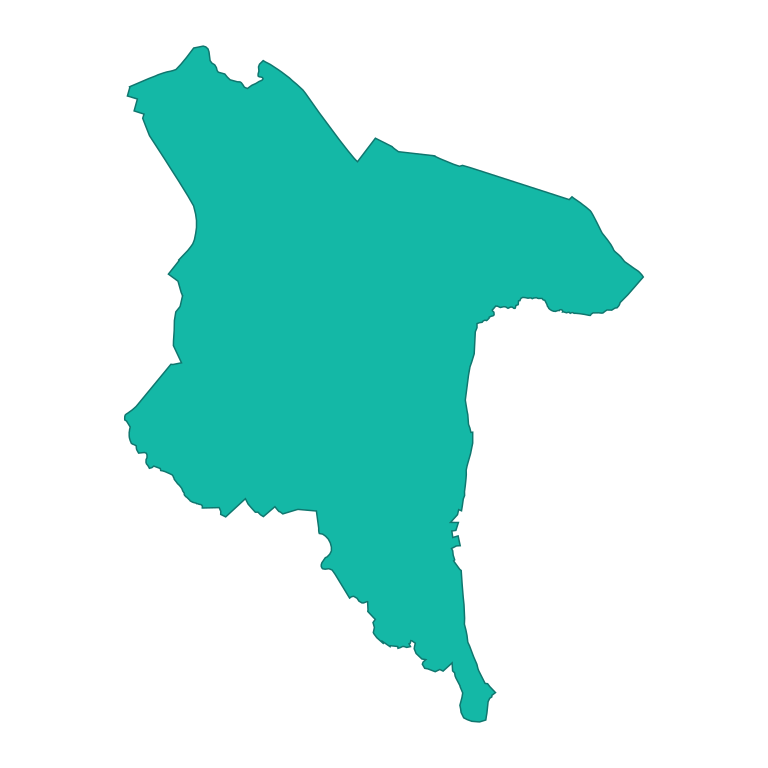 Santa Isabel Cholula, Puebla, Mexico
{"feature_id": "50627088B13237114427386", "entity_name": "Santa Isabel Cholula", "entity_type": "district", "adm_level": 2, "iso_a3": "MEX", "parent_name": "Mexico", "parent_adm1": "Puebla", "projection": "orthographic", "projection_center": [-98.379, 18.968], "detail": "fine", "context": "isolated", "style": "filled", "palette": "teal", "viewbox_px": 768, "rotation_deg": 0, "n_neighbors": 0, "source": "geoboundaries", "source_scale": "gbopen_adm2", "svg_char_len": 6061}
<svg xmlns="http://www.w3.org/2000/svg" viewBox="0 0 768 768"><path d="M462.5,165.4L459.5,166.3L453.6,164.3L440.0,158.7L434.9,156.3L434.0,156.0L434.2,155.8L398.4,151.7L397.9,151.3L394.2,148.6L392.5,147.1L392.2,146.7L375.4,138.2L357.5,161.7L355.5,159.8L353.8,157.9L348.1,151.0L339.5,140.0L319.1,112.6L305.7,93.6L302.9,90.0L296.6,84.2L292.4,80.7L289.4,77.9L281.6,72.0L278.3,69.7L270.4,64.5L268.1,63.3L265.5,62.0L263.2,60.6L259.5,64.2L258.5,66.9L258.9,71.1L258.1,74.0L258.1,76.0L259.2,76.8L260.8,77.0L262.4,77.5L263.1,78.8L261.9,80.3L259.2,81.4L255.8,83.5L251.8,85.3L247.4,88.5L244.4,87.2L242.9,84.8L241.3,82.7L240.0,81.9L237.4,81.8L230.1,79.8L227.3,77.1L224.8,74.0L218.3,72.2L217.1,70.5L216.4,67.6L214.7,64.8L211.9,63.1L210.1,60.6L209.0,51.9L208.0,48.9L205.8,46.9L203.2,46.1L197.3,47.3L193.7,48.0L186.5,57.5L180.9,64.3L176.0,69.5L173.2,70.5L170.6,71.2L167.0,71.9L163.6,72.9L158.0,74.8L155.4,76.0L148.9,78.5L129.5,86.8L129.8,87.5L127.4,96.0L137.4,99.0L134.1,110.9L144.0,114.1L142.7,118.3L145.5,125.6L149.5,135.7L164.7,159.1L170.9,168.9L178.9,181.4L188.1,196.3L193.6,205.9L195.6,214.0L196.5,220.4L196.5,227.5L195.7,233.3L194.4,239.7L192.8,243.8L190.7,246.8L187.7,250.6L178.7,260.0L179.1,260.4L179.0,260.7L168.4,274.1L178.0,281.2L181.3,292.9L181.8,293.7L182.2,295.2L182.6,295.5L180.1,306.5L175.8,311.9L174.4,320.5L174.2,330.3L173.5,340.9L173.4,345.6L181.5,362.8L173.0,364.5L170.9,364.3L136.1,406.5L132.1,410.0L128.1,412.9L126.1,414.2L125.2,415.1L124.8,416.5L124.7,418.7L124.8,420.0L126.5,421.0L130.2,427.0L129.5,430.1L129.5,431.1L129.2,432.1L129.2,433.4L129.2,435.9L129.4,437.8L130.2,440.6L131.4,443.4L133.0,444.3L134.0,444.6L135.1,445.2L136.2,445.8L136.4,448.4L136.7,449.7L138.6,453.1L144.4,452.5L146.3,453.2L147.0,454.8L147.0,457.7L146.1,459.5L146.0,462.4L146.5,463.9L147.7,465.3L148.7,466.9L149.4,468.3L151.9,467.6L153.8,466.1L160.3,468.5L160.7,470.5L162.8,470.9L165.0,471.6L169.6,473.6L172.2,474.9L172.6,475.4L173.2,476.4L173.5,477.3L174.0,478.1L174.2,479.2L175.0,480.3L176.2,481.8L177.5,483.6L179.3,485.3L180.4,486.6L181.8,488.5L182.8,491.1L184.2,493.1L184.3,494.8L185.7,496.6L186.8,497.3L187.9,498.4L188.2,498.6L188.8,499.3L189.7,500.1L190.1,500.8L191.1,501.4L192.4,502.1L193.2,502.4L194.2,502.7L195.8,503.0L196.7,503.7L197.6,503.7L198.4,504.0L199.1,504.3L199.9,504.4L200.8,504.6L201.6,505.0L202.1,505.6L202.3,506.1L202.3,508.0L219.2,507.6L220.8,511.4L220.7,514.4L225.7,516.9L245.4,498.7L248.1,504.1L251.5,508.0L255.3,512.2L258.0,512.2L260.5,514.8L263.4,516.6L274.9,506.7L278.0,510.5L279.1,511.6L280.2,511.9L282.8,513.9L293.7,510.6L297.0,509.6L298.1,509.4L316.4,511.0L318.7,528.1L318.7,530.3L318.9,532.1L319.3,533.5L322.6,534.1L325.6,536.2L328.3,539.1L330.3,542.9L331.4,547.1L331.4,550.9L329.8,554.1L327.1,556.9L325.3,557.7L321.9,562.7L321.3,564.5L321.2,566.2L321.8,567.8L322.7,568.8L325.2,569.2L328.9,568.7L332.1,570.0L335.1,574.3L349.6,598.1L351.5,596.7L353.7,596.3L357.1,598.3L358.9,601.1L361.9,602.9L363.7,602.9L367.0,601.6L367.6,601.7L368.0,609.7L367.8,611.5L373.7,617.8L375.3,619.3L373.0,622.5L374.4,627.5L373.3,632.6L374.1,634.1L376.8,637.7L383.8,643.9L381.3,640.6L390.1,646.7L390.4,645.7L397.7,646.5L398.0,648.3L400.3,647.6L402.5,646.5L404.0,646.5L406.7,647.4L410.5,646.6L409.0,643.8L410.3,643.1L410.8,640.6L411.9,640.8L415.3,643.2L414.5,646.6L414.2,648.8L416.1,653.5L421.9,659.0L425.8,659.6L423.1,662.1L422.3,664.2L424.7,668.3L427.9,668.9L435.2,671.7L439.8,669.5L443.1,671.1L452.1,662.9L452.6,670.9L454.6,672.8L455.1,676.0L455.9,678.0L460.0,685.8L460.1,686.7L462.7,692.9L462.0,697.3L459.9,705.3L460.6,708.8L461.1,712.5L463.7,717.8L467.2,719.6L471.8,721.3L477.6,721.8L479.7,721.9L485.8,720.0L486.3,716.6L486.9,713.1L488.1,701.7L489.7,698.3L491.8,696.9L491.9,695.3L495.5,692.6L489.8,686.6L487.6,683.7L485.1,683.4L478.7,670.7L477.9,668.5L476.9,664.3L473.6,656.7L469.5,645.8L467.8,642.2L467.0,635.5L465.9,630.0L464.4,624.2L464.6,618.2L464.0,604.8L463.2,597.1L462.1,583.8L461.2,570.5L459.8,569.4L453.6,560.9L454.7,559.9L453.2,555.2L452.7,550.7L451.5,548.5L456.5,545.9L460.2,545.7L458.1,535.9L452.8,537.5L451.8,531.0L455.9,530.4L458.4,522.5L450.5,522.4L457.5,514.7L458.7,509.6L461.5,510.8L462.3,506.0L463.3,498.9L464.6,495.6L464.5,491.6L465.3,485.5L466.0,478.7L466.3,474.7L466.2,470.1L467.0,466.2L467.9,462.9L470.5,453.9L472.7,443.1L472.7,432.2L470.9,432.4L469.9,428.1L468.5,424.3L467.8,414.7L467.1,411.2L465.3,400.1L468.5,375.3L470.0,366.8L471.7,362.0L474.2,353.8L475.3,331.8L477.0,327.7L477.0,323.6L479.4,322.7L482.1,322.3L483.3,320.9L484.5,320.3L485.7,320.3L486.4,320.6L486.5,320.6L487.1,320.2L487.6,319.7L489.1,318.2L489.2,317.2L490.1,316.8L491.6,316.1L492.9,315.9L494.0,315.0L494.1,314.5L493.9,312.2L493.2,311.6L492.4,310.8L492.4,309.7L493.0,309.3L494.2,307.9L495.7,306.1L497.5,306.2L500.3,307.5L503.7,306.7L505.5,306.8L508.0,308.3L509.5,307.6L510.7,307.0L512.4,307.2L513.8,308.3L514.9,308.4L515.2,308.2L515.6,306.9L515.9,305.5L518.1,304.7L518.3,304.2L518.4,302.2L518.6,300.8L520.0,300.6L520.2,299.7L521.0,298.3L522.7,297.4L525.2,297.6L528.0,298.2L529.9,297.9L531.3,298.0L532.2,298.7L534.0,297.9L535.0,297.9L536.2,297.6L537.7,298.3L538.7,298.5L540.8,298.4L542.1,298.5L543.2,299.9L544.8,300.3L547.0,304.6L547.4,306.2L548.3,307.3L548.8,308.4L549.8,309.3L551.4,310.4L553.4,311.2L555.6,311.4L556.5,311.0L558.2,310.5L559.3,310.6L559.7,309.9L561.0,309.6L562.1,310.1L562.8,311.1L562.5,312.0L563.6,311.9L566.5,312.8L567.8,312.4L569.2,312.3L570.2,313.3L570.6,313.0L572.2,312.6L573.0,312.6L573.8,313.2L574.1,313.3L575.7,313.3L579.9,313.7L584.5,314.4L589.4,315.4L590.4,315.4L591.3,314.0L593.3,312.8L594.6,312.9L598.6,312.8L601.2,313.1L602.9,313.0L605.3,311.1L607.0,310.0L611.8,310.1L613.8,308.8L615.3,308.0L617.1,307.8L618.8,305.8L619.5,304.5L620.2,302.5L628.0,294.6L643.3,277.0L641.8,274.8L639.5,272.3L638.3,271.2L633.7,268.1L624.6,261.6L620.7,256.7L618.8,254.9L615.3,251.9L614.5,251.1L613.8,250.2L612.7,247.8L610.9,244.6L607.3,239.6L602.2,233.2L601.2,231.3L596.8,222.4L593.0,215.1L591.2,212.0L590.3,210.8L586.1,207.2L582.4,204.4L580.8,203.1L573.6,198.1L572.0,196.8L569.2,199.6L470.4,167.7L462.5,165.4Z" fill="#14b8a6" stroke="#0f766e" stroke-width="1.5"/></svg>